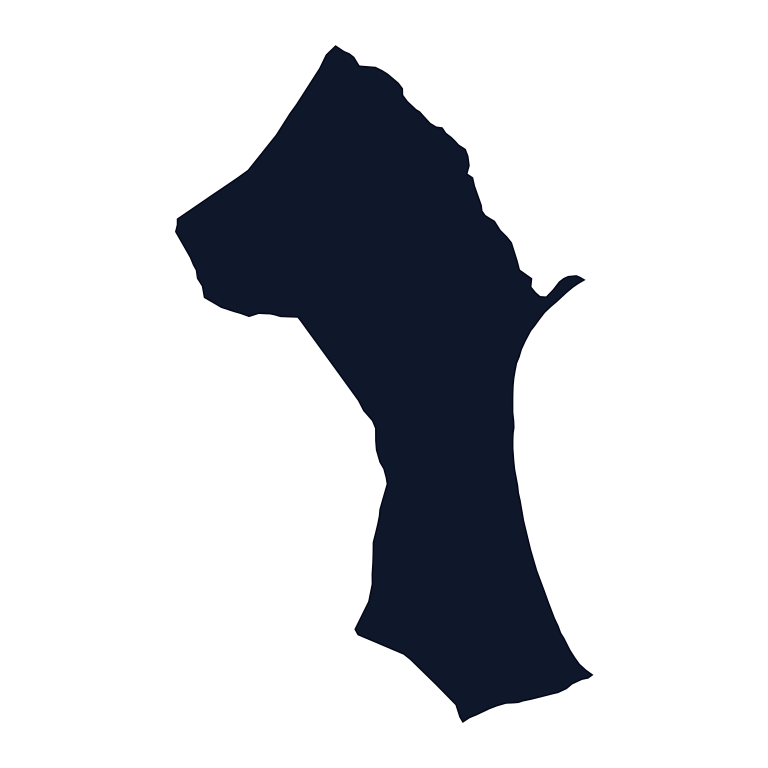 outline of Arambaré, Rio Grande do Sul, Brazil
{"feature_id": "56859067B55263390770545", "entity_name": "Arambaré", "entity_type": "district", "adm_level": 2, "iso_a3": "BRA", "parent_name": "Brazil", "parent_adm1": "Rio Grande do Sul", "projection": "equal_earth", "projection_center": [-51.555, -30.929], "detail": "fine", "context": "isolated", "style": "filled", "palette": "ink", "viewbox_px": 768, "rotation_deg": 0, "n_neighbors": 0, "source": "geoboundaries", "source_scale": "gbopen_adm2", "svg_char_len": 2219}
<svg xmlns="http://www.w3.org/2000/svg" viewBox="0 0 768 768"><path d="M584.1,279.9L580.2,277.6L576.3,275.9L572.2,276.3L568.2,276.7L563.8,278.7L559.5,282.0L553.3,290.0L546.4,297.2L540.0,296.8L535.4,292.8L530.7,287.1L531.5,278.7L526.2,275.0L519.3,270.1L517.1,261.3L511.3,242.9L506.8,237.2L500.1,230.5L494.3,221.3L489.5,218.5L485.0,215.6L481.8,211.0L481.1,205.3L474.4,186.3L472.5,177.9L466.7,174.0L469.0,165.7L467.8,156.4L465.2,149.5L458.5,145.2L454.4,140.7L451.1,137.5L445.6,133.3L442.1,128.0L436.1,127.2L429.9,123.4L422.9,115.7L419.5,111.9L415.8,109.7L407.2,101.6L402.5,95.2L402.3,88.7L398.1,83.2L387.6,74.3L382.2,70.9L375.3,67.5L359.1,66.2L353.7,57.4L349.2,53.9L343.8,51.6L335.6,46.1L326.4,55.0L319.8,68.6L296.8,104.4L290.1,113.7L276.4,135.2L248.2,170.5L236.9,178.6L216.1,192.7L210.2,196.7L177.5,219.1L177.5,224.8L175.8,231.7L185.2,248.1L190.6,257.6L193.5,264.7L196.5,270.2L197.6,278.3L202.5,286.0L204.5,297.4L216.1,304.1L221.3,307.2L233.8,311.3L240.5,313.2L249.1,316.3L258.7,313.2L264.8,313.5L270.0,313.7L274.5,314.6L280.7,316.4L297.9,317.0L301.0,321.0L339.2,373.6L358.6,400.4L363.8,410.5L372.6,420.6L375.8,428.3L375.9,441.2L376.6,450.0L380.1,462.1L384.0,468.8L386.3,477.4L387.4,484.0L383.1,498.9L380.1,509.5L379.5,516.1L378.0,523.8L376.0,532.1L373.4,542.5L373.3,553.1L373.0,563.2L372.3,574.1L372.4,584.1L368.9,601.6L355.2,629.3L358.1,634.6L403.8,654.0L410.4,659.2L436.5,684.7L456.1,704.7L460.0,716.9L462.9,721.9L469.1,717.7L477.2,714.3L489.4,708.5L497.0,705.6L506.0,703.0L513.2,702.7L518.3,702.3L522.8,700.8L531.4,699.0L552.3,693.7L557.9,692.4L566.3,688.5L571.9,683.8L581.8,679.2L588.1,677.9L592.2,674.9L585.9,670.4L579.3,664.4L574.7,658.0L569.8,650.3L563.7,638.2L560.5,633.1L558.0,626.2L554.2,618.2L548.3,602.7L543.7,589.9L536.6,570.9L534.0,562.0L530.4,549.6L523.5,521.0L520.0,500.7L518.3,493.1L517.5,485.7L515.8,476.5L514.5,469.6L513.6,461.0L512.7,448.4L512.7,439.7L513.0,433.2L513.8,427.7L513.6,421.6L512.6,412.0L512.6,399.3L512.7,392.7L513.0,385.3L513.7,378.1L514.9,371.0L516.4,363.2L519.0,356.9L521.2,349.4L525.0,341.1L530.5,330.7L535.0,325.0L538.7,319.8L544.4,312.4L550.4,306.7L556.6,301.4L562.8,295.7L566.2,292.5L572.7,287.1L578.2,283.3L584.1,279.9Z" fill="#0f172a" stroke="#020617" stroke-width="1.5"/></svg>